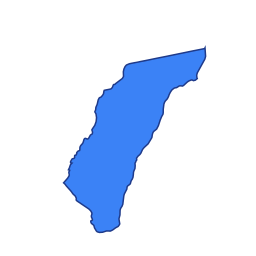 an SVG outline of Arauca, rotated 297°
{"feature_id": "COL-1420", "entity_name": "Arauca", "entity_type": "Intendancy", "adm_level": 1, "iso_a3": "COL", "parent_name": "Colombia", "parent_adm1": "", "projection": "orthographic", "projection_center": [-71.152, 6.563], "detail": "fine", "context": "isolated", "style": "filled", "palette": "blue", "viewbox_px": 256, "rotation_deg": 297, "n_neighbors": 0, "source": "natural_earth", "source_scale": "10m", "svg_char_len": 2746}
<svg xmlns="http://www.w3.org/2000/svg" viewBox="0 0 256 256"><g transform="rotate(297 128 128)"><path d="M49.9,95.5L55.9,97.0L58.3,97.2L59.5,97.0L60.2,96.5L60.9,95.9L61.9,95.3L62.7,95.3L63.5,95.4L63.9,95.2L63.7,93.9L65.8,93.9L67.5,93.6L69.3,93.4L71.3,94.0L71.0,92.8L71.5,92.2L72.4,92.1L74.9,92.2L75.5,92.6L75.9,93.2L76.8,93.8L77.3,93.9L77.8,93.7L78.8,93.1L79.4,93.0L79.8,93.3L80.0,93.7L80.1,93.9L81.6,94.0L81.6,93.9L82.9,93.5L84.6,93.9L86.0,95.1L86.9,94.9L88.8,94.0L89.9,93.8L91.1,93.9L93.4,94.5L94.6,94.6L97.7,94.0L98.8,94.1L99.4,94.6L99.6,95.5L99.6,96.4L100.0,97.2L101.0,97.6L104.5,97.7L105.4,98.1L106.0,98.6L106.7,98.8L108.0,98.4L108.9,97.7L109.5,97.0L110.2,96.6L115.3,97.2L119.2,96.7L122.9,95.3L126.0,93.1L126.7,92.1L127.1,91.4L127.7,91.0L129.2,91.0L131.9,90.0L135.1,89.8L139.5,88.7L141.6,88.7L142.1,88.9L143.2,89.8L143.8,90.1L146.3,90.6L147.5,90.6L149.6,89.9L150.7,89.7L151.2,90.2L154.9,94.9L155.7,95.3L156.8,95.6L157.6,95.6L159.3,95.4L160.0,95.4L160.3,95.6L160.7,96.3L161.0,96.5L162.1,96.9L169.6,100.5L171.9,100.6L176.0,98.3L178.7,97.6L181.4,97.5L183.4,98.0L185.8,100.0L187.1,101.6L192.6,108.6L198.1,115.6L203.7,122.6L209.2,129.6L214.8,136.6L220.3,143.5L225.9,150.5L231.4,157.5L233.5,160.2L234.4,160.2L227.1,164.6L224.2,165.2L208.7,164.7L206.3,165.2L204.2,166.5L203.5,167.3L201.2,166.3L199.9,164.8L199.9,163.6L199.7,162.9L199.1,162.2L197.4,160.8L196.0,160.0L191.1,158.2L190.1,157.5L189.8,156.6L189.5,155.8L189.1,155.0L188.6,154.5L186.4,153.2L185.8,152.7L185.0,151.5L184.4,151.0L182.0,149.9L180.9,149.7L179.1,149.5L176.5,149.5L174.4,149.8L172.5,149.8L171.4,149.7L169.1,149.0L167.6,148.9L165.7,149.1L160.7,150.9L157.7,152.4L156.2,152.9L153.4,152.8L149.6,153.1L144.0,154.0L140.0,154.0L139.6,153.8L136.7,152.5L135.4,152.3L133.9,152.5L132.4,152.9L130.8,153.5L130.0,153.6L123.0,153.1L117.8,151.2L115.4,150.7L111.4,150.9L109.7,150.6L107.4,149.7L105.0,149.3L103.5,150.3L102.3,150.1L101.1,150.3L100.3,150.2L99.5,150.4L97.7,151.5L95.0,152.6L92.8,152.7L91.4,152.9L90.3,153.3L89.2,153.8L86.4,154.8L84.5,155.0L82.9,154.8L81.6,154.9L79.4,155.4L78.4,155.1L76.4,154.1L75.7,153.9L74.6,154.1L73.0,154.7L67.4,154.7L65.6,155.1L57.7,158.0L55.4,158.2L54.1,158.0L52.6,158.0L51.1,158.3L46.9,160.3L42.9,161.2L38.8,164.2L37.6,164.2L35.8,163.9L33.5,162.3L30.5,160.8L29.3,160.0L28.2,159.1L26.5,155.6L23.6,152.7L22.0,150.0L21.6,148.1L21.6,147.4L21.9,146.5L23.8,143.5L25.7,141.8L26.2,140.0L26.3,139.0L26.7,138.3L27.3,137.6L27.9,137.2L28.3,137.1L28.6,137.2L29.0,137.6L29.4,137.9L30.0,138.0L30.6,137.6L31.3,136.8L32.0,135.9L32.7,135.4L33.5,135.1L34.5,135.0L35.8,134.5L36.6,133.4L37.3,132.3L38.1,129.8L39.8,115.8L40.3,114.5L42.0,113.8L43.4,111.9L44.3,108.8L45.7,106.2L48.5,99.1L49.3,97.6L49.8,95.9L49.9,95.5Z" fill="#3b82f6" stroke="#1e3a8a" stroke-width="1.5"/></g></svg>